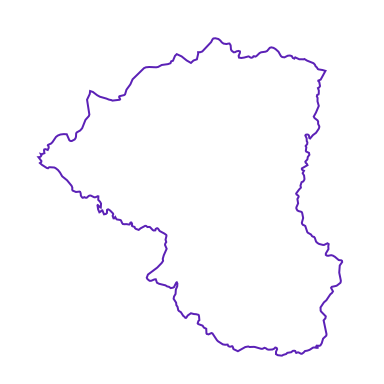 an SVG outline of Smolensk, rotated 95°
{"feature_id": "RUS-2343", "entity_name": "Smolensk", "entity_type": "Region", "adm_level": 1, "iso_a3": "RUS", "parent_name": "Russia", "parent_adm1": "", "projection": "albers", "projection_center": [33.375, 54.744], "detail": "fine", "context": "isolated", "style": "outline", "palette": "violet", "viewbox_px": 384, "rotation_deg": 95, "n_neighbors": 0, "source": "natural_earth", "source_scale": "10m", "svg_char_len": 5876}
<svg xmlns="http://www.w3.org/2000/svg" viewBox="0 0 384 384"><g transform="rotate(95 192 192)"><path d="M52.3,157.4L54.0,156.9L54.2,154.6L53.5,151.7L52.0,147.6L52.2,146.8L52.7,146.0L53.1,144.8L53.0,144.2L52.5,143.2L51.4,142.6L51.3,142.0L51.6,140.9L51.5,140.4L50.7,139.4L47.7,136.8L46.8,135.3L45.8,131.0L45.0,129.5L41.6,127.1L41.0,125.6L41.3,123.4L42.3,121.3L44.7,118.1L48.8,115.3L49.7,113.9L49.8,111.6L47.9,108.5L47.5,106.4L47.9,104.5L49.7,103.2L50.2,101.7L48.9,100.9L50.4,96.8L50.1,92.4L49.7,91.7L51.1,88.8L53.1,82.2L54.4,80.7L55.9,79.9L57.1,78.4L58.5,77.4L58.8,76.7L59.1,72.7L59.7,69.6L68.8,73.6L70.0,75.9L70.4,75.9L71.4,74.8L75.3,73.7L76.7,74.4L77.5,75.6L79.9,74.5L83.0,74.3L83.8,74.5L84.3,75.7L85.8,76.0L87.3,75.1L90.7,74.9L95.2,73.2L102.0,75.4L106.3,77.3L107.7,76.3L109.7,73.2L110.8,72.5L113.2,72.3L115.5,70.9L116.6,70.9L117.9,71.2L122.2,73.6L124.8,76.5L128.4,79.0L128.0,79.8L125.7,80.4L125.1,80.8L124.7,81.6L124.7,82.5L125.1,83.7L125.9,84.0L128.5,82.5L131.4,82.1L132.4,81.4L134.2,81.4L136.3,82.8L137.5,82.0L141.1,82.2L141.8,81.7L142.8,78.9L144.7,78.3L147.0,79.7L149.5,79.9L151.8,81.7L152.8,81.4L154.0,80.0L155.2,79.3L158.9,84.6L159.6,84.6L160.4,84.0L161.1,82.3L163.6,83.4L165.8,81.8L169.2,81.1L170.1,81.2L171.8,82.1L172.7,83.7L176.3,84.5L177.9,83.9L178.5,84.1L180.0,85.4L184.4,88.1L185.3,87.7L186.3,86.0L187.0,85.4L187.7,85.4L189.8,86.4L194.1,85.3L198.2,86.7L199.4,86.6L201.2,85.4L201.8,83.9L202.1,81.8L202.5,80.9L203.4,80.4L208.2,79.0L213.1,79.9L214.0,79.6L215.1,78.6L215.3,77.7L216.0,76.2L221.8,73.7L222.5,73.0L224.0,69.7L225.5,68.6L226.0,67.4L226.1,66.5L227.1,65.6L230.6,64.1L231.9,62.5L232.7,60.8L233.3,57.0L233.2,55.8L231.3,52.6L232.0,51.3L234.2,51.5L237.0,51.1L241.5,53.3L243.0,53.2L243.6,52.2L243.7,50.9L242.8,47.8L243.1,46.1L244.1,44.0L247.0,39.9L247.1,37.2L247.5,36.6L248.7,36.3L252.3,38.4L259.5,38.3L267.3,36.0L268.6,36.0L269.6,36.3L272.5,39.4L273.0,40.3L274.3,44.5L275.4,45.1L278.7,42.9L280.3,43.7L281.9,45.3L288.1,48.7L290.5,51.0L295.8,53.9L299.0,53.5L299.9,52.9L304.2,47.9L306.2,48.1L308.4,49.7L321.9,45.6L323.4,45.7L326.6,48.6L331.4,49.6L333.6,50.7L334.1,51.6L334.2,54.4L334.8,54.7L335.8,53.3L336.2,53.2L336.4,53.9L336.2,56.8L336.5,57.9L339.0,61.1L340.0,63.3L340.6,65.6L342.3,66.9L343.6,68.5L343.6,69.4L342.5,71.9L342.6,72.9L343.2,74.0L343.1,74.4L341.4,75.3L341.2,76.4L341.5,77.7L343.0,79.3L343.9,83.0L345.2,84.1L346.3,86.9L347.1,88.0L347.2,88.7L347.1,92.3L346.2,94.2L343.8,94.4L341.1,93.5L340.1,94.0L339.7,95.0L339.7,95.5L341.0,96.6L341.9,98.2L342.4,101.9L342.2,103.3L341.3,104.7L340.9,106.2L342.0,108.0L342.2,109.3L340.9,115.9L340.9,117.1L341.4,121.1L341.0,122.5L341.8,125.4L346.6,132.4L345.0,136.7L344.5,137.3L343.4,137.5L342.2,138.3L342.1,138.7L342.6,139.7L342.8,140.8L342.4,142.3L340.9,143.2L341.3,145.7L341.1,148.0L338.5,153.0L337.5,154.2L331.1,159.3L330.8,160.3L332.4,163.1L332.1,164.9L331.5,165.3L327.0,165.9L326.0,168.4L324.2,169.8L323.0,174.3L322.3,174.9L320.0,174.4L319.0,173.5L315.0,174.2L313.8,174.8L313.4,177.2L313.4,179.6L312.9,182.5L315.4,185.5L317.5,186.6L318.0,187.1L317.8,187.9L316.9,188.7L316.2,189.9L312.7,192.6L311.7,194.6L310.9,195.4L307.7,196.4L306.1,197.7L303.6,198.2L300.0,201.0L297.7,200.8L295.0,199.5L290.6,199.6L287.2,198.5L284.4,198.6L283.3,199.3L283.7,199.8L288.4,201.7L289.0,202.7L289.6,204.8L288.5,206.6L288.2,208.6L287.3,210.3L286.3,216.8L285.4,219.0L282.1,220.5L282.4,221.9L283.9,224.7L284.2,226.2L283.7,227.3L282.5,228.9L281.4,229.6L278.1,228.7L270.3,220.0L265.2,215.9L263.1,214.8L261.2,215.3L257.5,214.6L250.8,212.3L247.0,214.3L245.6,214.1L244.1,213.3L241.8,214.2L237.9,213.6L237.0,213.9L235.8,215.9L233.7,220.8L231.5,222.6L231.1,223.6L231.9,224.9L233.4,225.2L233.7,226.8L233.3,227.8L230.7,230.7L230.5,231.6L230.8,233.3L229.8,234.8L229.8,235.7L232.7,240.1L234.4,241.8L233.6,244.8L232.9,245.7L231.8,246.2L231.3,248.3L230.9,248.9L229.0,248.9L227.7,249.7L227.6,250.1L228.0,250.7L229.5,251.1L229.9,251.7L229.7,254.6L230.0,256.5L229.9,258.1L229.0,258.9L226.5,260.3L226.1,261.2L225.9,264.4L225.3,265.2L223.6,266.3L225.1,267.3L225.1,267.9L222.7,269.0L221.0,268.5L220.3,268.8L217.7,271.8L216.6,273.8L216.8,274.6L217.3,275.1L220.3,274.9L221.4,275.9L221.9,277.7L218.1,279.7L218.3,280.5L219.6,281.4L220.3,282.5L217.5,284.0L213.5,285.0L213.2,284.8L213.3,284.5L215.4,282.1L215.5,281.5L211.5,281.6L209.8,282.7L208.0,284.7L204.5,284.9L204.4,285.5L205.6,287.6L205.8,288.9L204.4,292.5L204.4,293.4L204.9,294.5L206.9,296.4L207.0,297.3L206.5,298.9L206.9,299.2L207.3,300.4L206.9,301.1L205.3,302.4L203.0,302.8L201.6,303.5L201.4,304.1L202.1,307.6L201.0,311.0L200.2,311.5L198.1,311.6L196.3,312.5L191.2,317.5L187.7,322.7L184.1,325.2L181.8,327.4L180.1,330.0L179.6,331.4L179.7,335.9L179.9,336.6L180.9,337.5L180.7,338.8L178.0,343.9L176.4,346.0L175.3,344.8L174.3,344.7L170.7,348.0L170.5,346.7L169.8,345.8L168.7,345.2L167.3,346.0L167.5,345.1L166.2,342.4L163.2,343.1L162.4,342.8L162.1,341.5L162.7,339.4L160.5,338.6L159.2,338.8L158.1,339.7L157.6,339.5L156.0,336.6L154.4,335.3L149.0,332.3L147.4,330.5L146.2,328.1L145.5,324.8L145.4,321.8L151.1,318.7L151.6,317.9L151.8,317.0L151.6,316.1L149.9,313.5L148.5,312.7L147.1,312.4L143.6,312.5L142.6,311.9L140.5,308.8L138.1,307.0L129.4,304.4L125.4,301.4L123.8,301.0L109.2,304.6L103.3,302.4L100.3,302.3L101.0,299.4L103.8,295.0L105.1,292.1L106.4,285.4L107.2,282.8L107.5,280.2L107.9,279.3L106.4,272.1L105.8,271.7L103.7,272.9L102.9,272.6L101.4,268.1L100.6,267.2L95.8,266.2L90.2,262.8L84.9,261.0L72.8,250.6L71.8,248.8L71.2,245.5L70.9,238.6L70.4,236.7L68.1,233.2L66.7,227.1L65.6,224.7L63.6,224.1L62.9,222.4L57.9,220.8L56.0,219.2L57.8,214.2L61.4,208.8L63.5,204.3L60.9,202.0L59.4,198.7L53.7,197.9L52.2,198.1L52.0,195.9L51.1,194.0L41.0,186.0L38.2,184.9L37.2,184.1L36.8,182.2L37.3,179.0L38.7,176.9L40.3,175.4L41.4,173.5L41.6,170.6L41.0,168.8L40.8,167.6L42.5,166.3L46.6,165.6L47.8,164.8L49.2,162.6L48.9,161.2L48.0,159.9L47.4,157.9L47.8,156.5L49.2,156.4L52.3,157.4Z" fill="none" stroke="#5b21b6" stroke-width="2"/></g></svg>